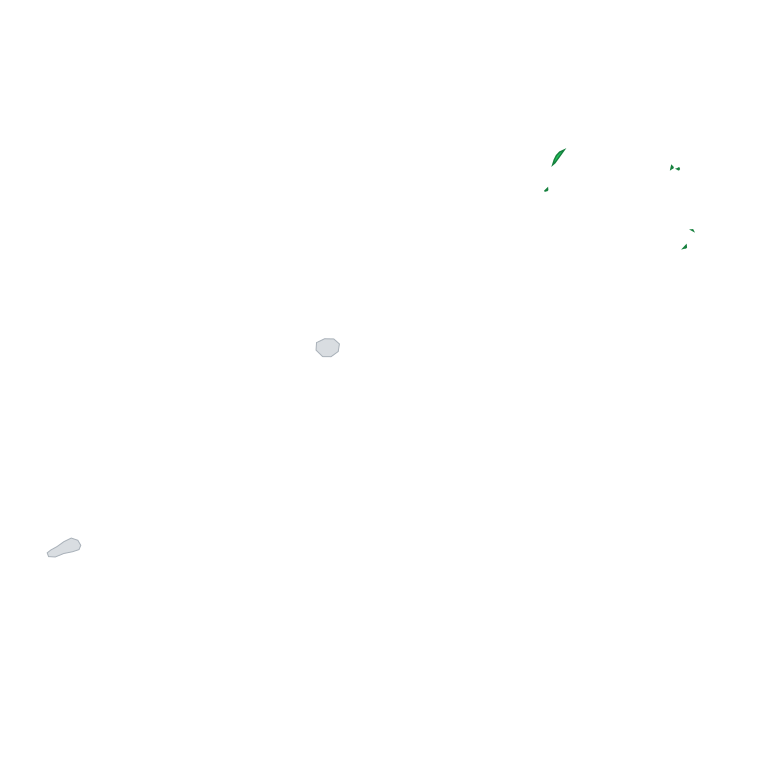 Maldives, with Thaa highlighted, rotated 227°
{"feature_id": "MDV-5238", "entity_name": "Thaa", "entity_type": "Atoll", "adm_level": 1, "iso_a3": "MDV", "parent_name": "Maldives", "parent_adm1": "", "projection": "albers", "projection_center": [73.162, 2.359], "detail": "coarse", "context": "in_parent", "style": "filled", "palette": "green", "viewbox_px": 768, "rotation_deg": 227, "n_neighbors": 0, "source": "natural_earth", "source_scale": "10m", "svg_char_len": 982}
<svg xmlns="http://www.w3.org/2000/svg" viewBox="0 0 768 768"><g transform="rotate(227 384 384)"><path d="M484.6,50.2L478.5,53.5L472.8,52.2L470.9,48.0L473.7,41.9L478.5,34.1L481.7,25.6L486.5,21.0L490.2,22.5L489.8,27.3L488.1,33.9L487.0,42.4L484.6,50.2ZM451.2,378.0L443.7,378.7L439.0,372.7L440.1,363.9L445.9,357.8L455.1,357.4L460.3,362.9L457.6,371.4L451.2,378.0Z" fill="#d9dde1" stroke="#a8b0b8" stroke-width="1"/><path d="M429.3,657.0L431.8,661.4L433.2,665.2L433.5,666.0L433.8,670.7L432.3,675.3L429.2,659.8L429.3,657.0ZM279.1,695.5L279.4,699.5L277.8,698.3L277.8,697.4L278.5,696.6L279.1,695.5ZM345.5,740.4L346.0,741.1L347.4,743.2L345.4,743.2L345.0,742.6L345.3,741.6L345.5,740.4ZM415.5,632.9L415.6,637.0L415.1,636.6L414.4,636.1L414.3,635.2L414.9,634.2L415.5,632.9ZM341.5,745.0L341.1,745.8L341.1,746.6L340.9,747.0L339.9,746.6L339.7,745.7L340.0,745.4L340.7,745.3L341.5,745.0ZM286.9,714.0L286.2,714.9L285.1,714.6L286.9,714.0Z" fill="#22c55e" stroke="#15803d" stroke-width="1.5"/></g></svg>